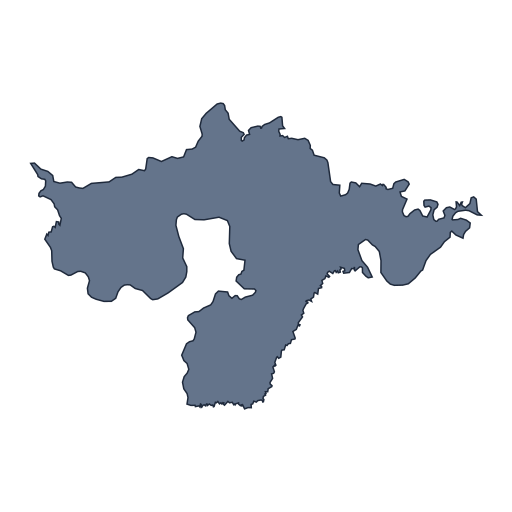 Fonte Boa, Amazonas, Brazil (Robinson projection)
{"feature_id": "56859067B70355458060690", "entity_name": "Fonte Boa", "entity_type": "district", "adm_level": 2, "iso_a3": "BRA", "parent_name": "Brazil", "parent_adm1": "Amazonas", "projection": "robinson", "projection_center": [-66.238, -2.546], "detail": "fine", "context": "isolated", "style": "filled", "palette": "slate", "viewbox_px": 512, "rotation_deg": 0, "n_neighbors": 0, "source": "geoboundaries", "source_scale": "gbopen_adm2", "svg_char_len": 6073}
<svg xmlns="http://www.w3.org/2000/svg" viewBox="0 0 512 512"><path d="M317.7,294.1L318.5,288.5L321.6,287.7L321.7,286.7L320.4,285.6L322.7,283.5L321.9,280.4L324.9,278.6L325.9,275.9L328.8,277.3L329.6,276.4L327.1,273.8L327.6,272.4L329.2,271.2L332.8,273.5L334.5,270.7L335.4,270.6L336.2,272.4L337.6,271.0L338.3,272.8L340.3,272.1L339.9,270.0L341.1,268.9L340.5,267.2L344.4,268.4L344.8,270.8L343.0,271.4L343.7,273.2L349.4,272.5L351.7,268.5L353.6,268.8L354.5,267.0L354.5,270.3L355.1,270.9L359.7,266.9L361.2,266.8L362.4,267.7L362.5,272.5L365.9,276.2L368.2,277.8L372.2,277.0L367.6,267.3L361.9,260.6L357.9,249.6L358.4,244.5L365.5,239.5L367.7,240.0L372.4,244.9L375.2,246.5L379.3,251.5L381.0,260.6L380.9,272.5L386.8,281.0L390.3,284.1L394.3,285.3L402.7,285.1L408.3,283.8L415.2,278.0L420.9,271.0L422.6,270.0L426.0,260.6L430.4,254.4L440.5,247.2L444.4,241.7L450.0,237.2L450.3,232.4L451.8,231.1L455.9,235.0L463.0,238.2L463.6,234.6L465.5,231.4L469.6,227.8L470.2,223.0L466.3,220.1L460.6,218.3L458.0,219.5L452.7,219.9L452.1,219.5L452.8,216.3L455.5,212.8L457.9,211.3L465.6,210.2L469.0,210.7L477.2,214.9L481.3,215.2L477.5,211.6L476.2,199.1L473.7,196.9L471.2,197.8L469.9,203.6L465.4,207.7L462.2,205.6L461.6,204.2L462.4,202.0L461.2,202.2L459.7,205.6L457.0,202.0L456.1,201.9L456.5,206.9L455.5,208.9L454.5,209.5L449.8,207.0L446.4,207.7L443.2,211.0L444.9,215.4L444.0,217.9L438.7,219.3L437.0,221.2L435.9,221.3L433.8,219.6L432.8,214.9L434.1,209.8L437.1,207.2L438.0,204.3L436.8,201.9L430.4,199.9L424.8,200.1L423.8,201.2L424.0,205.4L425.1,207.1L428.9,206.1L431.0,207.6L430.9,209.8L427.1,217.0L422.7,216.0L419.9,210.5L418.1,209.1L414.6,210.0L410.0,213.6L407.9,216.4L406.1,216.7L404.0,215.6L402.4,211.9L402.5,209.7L407.0,199.1L401.4,196.4L400.0,192.0L404.9,190.9L409.2,184.1L408.1,181.8L404.2,179.4L395.7,182.0L393.9,183.7L392.7,188.3L387.9,189.5L386.1,188.8L386.1,187.3L383.7,184.5L382.9,184.4L382.4,185.5L380.4,184.0L375.8,186.1L370.1,184.0L361.7,183.3L359.6,186.7L355.8,182.9L351.3,182.0L350.0,183.2L349.2,189.4L347.6,193.1L345.6,194.7L340.7,196.1L339.3,193.0L339.8,185.2L332.9,184.5L330.6,181.6L327.9,162.7L326.9,160.1L324.3,157.8L314.1,155.2L312.4,150.2L310.2,148.5L310.3,145.4L308.1,140.4L304.7,138.3L298.0,139.7L291.7,138.3L288.3,138.7L287.4,136.3L284.6,137.5L282.6,135.6L280.0,136.0L280.1,134.4L278.7,131.2L279.0,129.0L284.6,128.5L282.6,125.8L281.9,117.3L280.8,116.6L278.2,117.3L269.5,122.9L264.6,124.5L262.1,126.4L261.5,128.1L260.8,128.2L260.1,126.3L257.8,126.1L251.1,127.7L248.5,130.4L249.6,134.4L246.5,135.1L244.3,137.9L244.2,139.8L242.2,141.1L241.3,140.4L241.3,137.3L244.1,134.4L243.3,132.7L239.7,131.2L229.2,119.3L228.1,113.2L225.3,109.8L224.6,105.5L223.2,103.6L220.7,103.1L217.1,104.0L206.2,113.3L201.7,118.7L199.9,126.4L202.2,134.2L202.0,136.3L198.2,141.2L195.6,147.2L192.1,149.1L186.5,149.6L183.6,156.9L177.5,158.4L171.9,156.7L161.4,161.5L152.9,157.9L148.7,157.5L147.2,158.6L145.7,169.0L144.5,170.7L138.7,169.5L131.9,174.2L121.7,177.2L115.8,177.4L109.1,181.9L91.4,183.4L82.9,188.4L79.4,188.0L75.6,187.0L71.6,182.3L67.3,182.0L59.9,183.2L53.8,181.5L52.7,175.5L47.8,171.4L40.8,169.1L34.5,163.1L30.7,163.4L37.7,174.6L38.0,176.5L41.4,178.8L44.8,179.3L45.7,180.9L45.4,186.2L43.4,189.5L40.9,190.8L39.0,193.3L38.7,195.9L40.1,196.9L43.0,195.8L51.0,199.6L54.1,203.8L54.7,206.8L57.6,209.8L59.5,215.6L61.3,218.4L59.9,225.3L58.8,224.2L58.7,222.0L56.4,221.6L55.2,227.4L53.9,226.3L52.6,226.8L51.2,231.9L48.8,232.2L48.0,235.5L46.8,234.1L44.8,239.2L50.4,247.3L51.7,250.7L52.0,261.3L53.3,267.1L54.4,268.9L60.6,270.8L68.4,275.4L70.9,275.1L77.7,271.5L80.8,271.3L85.3,272.9L88.3,276.8L89.5,280.7L87.4,288.2L88.1,293.8L91.5,297.2L96.0,299.2L104.0,301.4L111.4,301.3L115.7,298.3L118.0,291.8L121.0,287.4L124.3,285.1L127.2,284.7L130.2,284.9L135.2,288.5L142.5,290.5L150.7,298.6L152.7,299.7L157.8,298.9L168.1,292.9L182.5,282.5L185.8,277.1L186.8,271.6L186.8,266.7L182.7,258.0L183.4,248.7L178.8,236.5L175.9,225.3L176.4,219.6L177.4,217.0L181.4,214.2L183.9,213.7L186.5,214.2L194.9,219.5L204.1,219.8L219.0,217.2L227.4,220.6L229.8,226.5L229.3,243.6L231.1,251.3L236.5,258.6L245.0,260.2L243.9,270.2L241.9,271.4L240.9,274.1L238.8,274.7L236.7,277.2L236.1,281.0L244.3,288.8L254.5,289.0L255.9,290.5L255.4,292.3L252.6,295.2L245.3,297.1L241.3,299.5L239.3,298.8L237.2,295.7L235.2,295.6L231.9,298.3L228.9,295.7L227.6,292.0L218.4,291.1L215.5,293.9L213.0,301.6L210.7,304.9L203.6,308.0L198.9,311.6L194.8,311.9L188.4,315.6L187.5,317.7L187.8,319.9L194.7,327.7L196.0,332.2L194.2,339.1L193.0,340.8L189.5,341.7L186.5,343.8L181.7,355.2L183.9,360.6L187.1,363.5L188.8,369.3L187.2,373.1L184.2,376.6L182.5,382.2L183.8,388.8L187.1,393.6L188.0,397.6L187.0,404.1L190.9,405.4L195.1,405.3L195.4,406.6L198.9,405.9L199.9,407.0L200.1,405.8L201.7,407.3L203.0,405.2L204.3,404.9L205.4,405.8L206.5,404.0L207.4,404.2L207.4,405.5L209.4,404.0L211.2,405.4L212.8,405.0L213.4,406.8L214.1,406.5L215.4,402.3L216.4,402.8L217.8,401.5L219.5,403.9L220.9,402.8L221.8,403.9L222.9,402.6L223.8,402.9L223.1,404.0L224.5,405.2L227.9,401.4L229.5,402.8L232.3,402.3L233.7,404.7L234.4,404.1L235.1,404.9L235.7,403.8L238.5,402.9L238.5,404.0L240.1,405.4L241.7,404.8L241.4,405.9L242.0,405.9L242.8,405.2L244.6,408.9L248.0,407.6L251.3,407.7L251.1,404.4L252.7,403.9L253.8,401.2L256.3,402.1L257.8,400.6L261.0,400.0L262.2,400.3L262.8,402.0L263.4,401.8L263.9,399.6L263.0,398.4L263.4,396.4L265.5,395.2L264.9,394.0L266.0,393.6L265.4,391.7L267.7,391.7L268.2,388.7L271.8,386.6L272.0,385.6L270.2,384.1L270.0,382.5L272.6,378.4L271.6,373.9L273.6,373.3L274.4,371.8L272.9,367.0L274.5,365.3L274.9,366.1L275.9,365.2L274.8,362.4L276.6,357.4L277.3,356.7L278.7,358.3L280.8,357.1L281.4,351.1L281.9,350.1L284.2,349.8L285.7,345.0L287.0,345.5L288.4,343.7L290.4,343.4L291.5,339.7L294.9,339.0L295.2,338.1L292.9,331.5L296.3,329.4L297.9,325.3L299.5,325.9L300.0,324.8L298.4,324.2L298.3,322.7L302.5,316.9L301.4,315.0L303.8,313.2L302.9,310.4L303.6,308.5L306.2,303.8L307.8,303.0L307.9,302.3L306.0,301.5L306.3,300.7L309.0,300.0L311.6,301.4L310.8,299.0L313.5,297.1L314.1,293.0L314.8,292.5L317.7,294.1ZM200.1,405.8L200.5,404.0L201.2,404.4L201.2,405.2L200.1,405.8Z" fill="#64748b" stroke="#1e293b" stroke-width="1.5"/></svg>